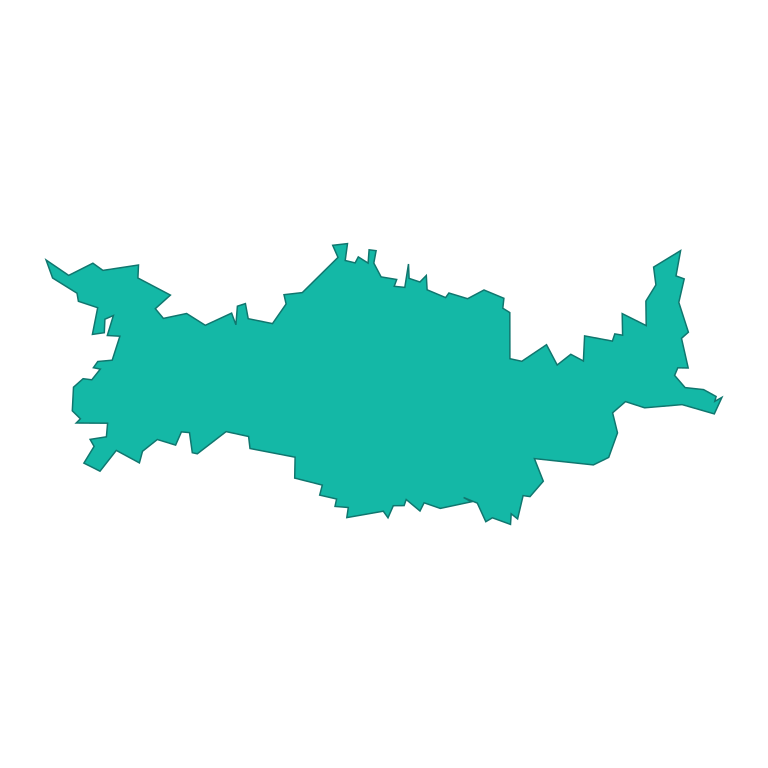 San Pelayo, Córdoba, Colombia
{"feature_id": "7082276B81203589950086", "entity_name": "San Pelayo", "entity_type": "district", "adm_level": 2, "iso_a3": "COL", "parent_name": "Colombia", "parent_adm1": "Córdoba", "projection": "mercator", "projection_center": [-75.907, 8.989], "detail": "medium", "context": "isolated", "style": "filled", "palette": "teal", "viewbox_px": 768, "rotation_deg": 0, "n_neighbors": 0, "source": "geoboundaries", "source_scale": "gbopen_adm2", "svg_char_len": 1913}
<svg xmlns="http://www.w3.org/2000/svg" viewBox="0 0 768 768"><path d="M142.5,451.3L157.3,439.5L175.6,445.1L181.4,431.9L189.5,432.6L192.3,452.7L197.3,453.8L226.1,431.6L248.6,436.5L250.0,448.5L295.1,457.2L294.7,478.1L322.3,485.1L319.7,495.1L336.6,499.0L335.0,506.4L348.3,507.5L346.8,517.6L383.3,511.2L388.0,517.8L393.3,505.7L404.1,505.6L406.2,499.5L420.0,511.0L424.1,502.8L440.3,508.4L471.3,501.8L463.6,497.5L477.3,503.1L485.8,521.7L492.4,517.8L510.5,524.4L511.2,513.8L517.6,518.9L523.1,495.6L530.0,496.6L543.3,481.2L534.4,458.6L593.4,464.9L608.7,457.4L617.5,432.9L612.6,412.8L625.5,401.6L644.6,407.8L682.1,404.6L714.3,413.9L721.9,397.4L714.8,401.3L716.1,396.5L703.6,389.6L685.1,387.6L674.6,375.4L677.8,367.8L688.2,368.0L681.5,338.3L688.4,332.2L678.8,302.4L684.2,278.9L676.0,275.9L680.6,250.6L653.6,267.1L655.9,284.9L645.9,301.1L646.2,325.6L622.2,313.6L622.6,335.2L614.8,333.9L612.4,341.1L584.6,335.9L583.4,361.0L570.8,354.3L557.2,365.0L546.5,344.7L521.8,361.3L509.9,358.7L509.8,312.6L502.8,308.2L503.9,298.3L484.0,290.0L467.6,298.7L448.9,293.0L445.6,297.6L427.1,289.8L426.3,275.5L419.9,282.0L409.1,278.4L408.5,264.0L404.8,287.4L394.2,286.3L396.7,279.5L381.1,276.9L373.8,263.1L376.1,250.7L369.1,249.8L368.1,263.1L358.3,256.9L355.1,262.9L345.2,260.5L347.5,243.6L332.7,245.3L338.0,257.4L302.3,292.6L284.0,294.7L286.1,304.0L272.5,323.6L248.2,318.7L245.4,303.6L237.4,306.2L235.9,324.8L231.6,313.1L205.3,325.3L186.6,313.5L163.4,318.4L155.3,308.7L170.4,295.1L137.9,278.0L138.5,265.0L102.9,270.4L92.9,263.2L68.7,275.4L46.1,260.0L52.6,278.0L77.0,293.2L78.4,301.3L97.7,307.7L92.4,334.4L104.3,332.7L104.9,319.2L113.4,315.5L107.3,335.5L119.9,336.2L112.2,360.2L97.8,361.5L93.4,367.7L100.3,369.1L91.8,379.8L83.1,378.7L73.5,387.2L72.3,410.8L80.4,418.8L76.2,423.0L107.6,423.2L106.4,436.8L90.1,439.4L94.1,446.4L83.9,463.1L100.0,471.2L116.3,450.4L139.4,462.9L142.5,451.3Z" fill="#14b8a6" stroke="#0f766e" stroke-width="1.5"/></svg>